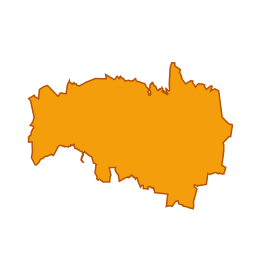 Yécora, Sonora, Mexico, rotated 189°
{"feature_id": "50627088B85218670408267", "entity_name": "Yécora", "entity_type": "district", "adm_level": 2, "iso_a3": "MEX", "parent_name": "Mexico", "parent_adm1": "Sonora", "projection": "equal_earth", "projection_center": [-108.893, 28.413], "detail": "fine", "context": "isolated", "style": "filled", "palette": "amber", "viewbox_px": 256, "rotation_deg": 189, "n_neighbors": 0, "source": "geoboundaries", "source_scale": "gbopen_adm2", "svg_char_len": 5703}
<svg xmlns="http://www.w3.org/2000/svg" viewBox="0 0 256 256"><g transform="rotate(189 128 128)"><path d="M214.0,77.1L212.9,77.1L210.6,80.2L209.8,82.6L209.0,83.9L207.1,84.7L205.9,86.7L203.0,87.6L199.6,90.2L199.1,89.4L198.4,89.5L197.3,89.2L193.8,99.3L191.9,100.4L189.2,99.8L188.6,100.2L188.2,99.7L187.8,99.6L187.2,99.6L185.8,100.2L185.1,100.1L184.0,99.8L183.0,101.0L182.3,101.2L182.0,101.0L181.8,101.0L181.7,101.6L181.9,102.0L181.9,102.5L180.8,102.2L180.6,102.2L180.4,102.3L179.8,102.8L179.4,103.3L178.8,103.4L178.6,103.3L178.4,103.0L178.6,101.8L178.2,101.6L177.9,101.2L177.8,100.5L177.5,100.2L177.2,99.5L176.3,99.5L175.6,99.7L175.0,99.7L174.9,99.6L174.6,98.9L174.4,98.8L174.0,99.0L173.4,98.9L173.2,98.7L172.9,98.3L172.5,98.1L172.0,98.0L171.6,97.8L170.8,97.7L170.2,97.7L169.9,97.7L169.6,96.9L169.2,96.6L168.4,94.4L168.4,94.0L169.3,92.6L169.1,91.9L169.5,89.3L169.1,88.6L167.3,87.2L166.9,87.3L167.8,88.2L168.9,88.7L169.2,89.2L168.8,90.3L168.7,91.9L168.9,92.4L168.7,92.7L168.4,92.9L168.2,93.1L168.0,93.6L167.9,94.1L167.9,94.5L168.0,94.7L168.1,95.2L168.6,95.8L168.7,96.1L168.8,96.4L168.7,96.6L168.2,96.6L168.0,96.8L167.5,96.7L167.3,96.9L167.1,97.3L167.1,97.8L166.0,96.9L162.0,94.7L159.4,93.9L156.6,88.0L155.1,87.9L153.4,86.8L154.0,85.9L153.7,84.2L153.6,78.3L151.1,75.6L150.8,72.7L149.7,72.4L149.3,71.9L148.4,73.0L145.7,71.7L144.1,70.8L137.6,71.9L138.1,76.7L137.5,78.6L140.3,86.0L134.1,87.0L134.2,84.7L132.1,81.7L130.3,80.2L128.2,74.0L122.9,78.4L121.4,79.1L121.0,79.3L120.7,79.2L120.5,79.3L120.2,79.0L119.9,78.9L119.8,79.0L119.8,79.3L119.5,79.9L119.2,79.6L119.0,79.8L118.9,79.9L118.4,79.9L118.0,80.8L117.7,82.0L116.9,82.1L116.7,81.3L115.6,81.4L115.4,81.3L115.3,81.0L115.3,80.6L115.3,80.4L114.8,80.3L114.6,80.0L114.4,80.0L113.7,80.3L112.6,78.6L112.1,79.9L111.7,79.9L111.3,80.3L111.1,80.2L110.5,78.7L110.3,78.0L110.1,77.7L109.7,76.8L106.4,71.5L105.7,73.5L104.1,73.6L103.3,70.4L100.6,70.9L98.6,70.8L99.1,72.9L99.0,73.1L98.5,72.9L98.1,73.0L97.7,73.3L97.5,73.6L97.3,73.7L96.4,73.5L96.2,73.3L95.8,72.6L95.5,72.7L95.2,72.7L94.8,72.9L94.3,72.5L93.8,72.7L93.5,72.3L93.3,72.7L91.4,68.3L78.4,69.0L77.9,56.4L76.7,57.1L74.1,57.8L72.2,57.4L69.5,62.9L67.3,64.1L66.1,61.1L64.5,60.7L61.5,60.5L61.4,59.5L57.2,59.3L55.7,58.9L51.1,58.4L50.9,61.0L51.8,65.9L50.3,78.4L53.3,80.4L53.7,81.9L52.4,82.5L50.6,81.3L50.2,81.3L50.0,81.9L41.8,84.6L42.0,95.6L39.8,95.0L35.3,97.5L33.9,97.8L31.6,96.8L30.3,98.0L28.9,97.2L26.2,97.6L26.3,97.8L25.6,101.1L25.3,104.2L29.6,106.1L29.5,109.6L29.7,116.9L29.9,120.8L30.8,126.3L31.8,128.2L26.9,135.4L25.3,135.5L25.3,146.6L25.9,147.9L28.5,147.5L33.0,150.6L36.8,153.6L43.3,175.7L44.3,178.8L48.4,180.3L51.1,178.4L52.2,177.4L51.4,182.4L53.1,182.4L56.6,178.4L59.0,180.8L58.9,182.6L62.4,183.1L63.6,182.7L65.2,182.9L66.9,180.8L67.7,178.9L71.6,183.4L71.2,184.4L72.8,184.8L75.0,183.3L78.0,180.5L79.0,181.6L82.0,184.3L84.5,189.5L86.0,191.3L85.2,193.6L91.4,196.7L92.0,199.6L95.0,199.3L95.8,194.2L94.2,178.5L92.9,171.8L92.9,171.4L93.1,171.3L93.9,171.0L94.3,171.1L95.7,172.3L96.2,173.0L96.4,173.1L96.7,173.1L96.4,171.5L95.9,170.8L95.8,169.9L95.6,169.5L95.6,169.1L95.4,169.0L95.2,168.9L95.1,169.0L94.7,168.8L94.4,168.4L94.2,168.2L94.0,167.8L94.1,167.5L94.3,167.3L94.5,167.2L94.7,167.3L94.9,167.2L95.4,168.0L96.4,167.7L96.6,167.9L97.2,169.4L97.7,169.7L97.9,170.1L98.2,170.3L98.3,170.3L98.4,169.9L98.4,169.2L98.5,168.9L99.1,169.0L99.6,168.8L99.9,169.2L99.9,169.6L99.8,170.0L99.5,170.4L99.5,171.3L99.8,172.1L100.1,172.4L100.6,172.7L100.8,173.2L101.0,172.6L101.3,172.3L101.6,172.1L102.3,171.3L102.5,171.2L102.9,171.5L103.0,171.4L103.0,171.0L103.5,170.8L103.4,170.6L103.7,170.0L104.3,169.7L104.9,169.9L105.4,170.4L105.6,170.9L106.1,171.6L106.3,172.1L107.0,173.2L107.3,173.4L108.3,173.6L108.4,174.0L108.5,174.2L108.7,174.3L109.5,174.7L109.8,175.0L110.1,175.6L110.3,176.4L110.5,176.7L110.8,176.9L111.1,176.8L111.4,176.7L111.5,176.5L111.8,175.2L112.1,175.0L112.4,175.0L112.8,174.8L112.9,174.6L112.9,173.2L112.6,172.0L112.7,171.3L113.1,170.7L113.2,169.8L112.6,169.4L112.1,168.7L111.9,168.1L111.7,167.9L111.4,167.4L111.3,167.2L111.1,166.3L111.2,165.5L111.0,165.3L111.0,165.0L111.0,164.8L110.9,164.4L111.4,163.7L111.6,163.6L112.5,163.7L112.8,164.0L113.0,164.4L113.0,164.5L112.7,165.1L112.8,165.6L114.1,166.8L114.2,167.0L113.5,167.8L113.4,168.0L114.0,170.1L114.2,170.3L114.6,170.3L116.3,171.3L116.7,171.7L117.0,172.6L117.4,173.4L117.8,173.8L119.2,174.7L121.0,174.6L123.6,175.4L126.7,175.5L127.1,175.8L127.8,177.0L128.3,178.0L128.5,178.0L130.3,175.7L130.4,175.3L130.7,175.4L131.6,175.4L132.5,174.8L133.9,175.0L134.3,175.2L135.4,175.0L137.3,174.3L137.9,173.9L138.1,173.9L139.1,175.0L139.6,175.2L140.0,175.5L140.1,175.9L140.5,176.3L141.1,176.4L141.8,176.5L142.3,176.3L142.8,177.0L143.1,177.6L143.6,178.0L143.9,177.5L144.1,176.5L144.5,175.5L144.9,175.7L146.2,177.0L146.6,177.4L146.8,177.4L147.2,177.1L148.2,174.5L149.0,173.8L149.5,173.8L151.2,174.5L152.2,174.8L158.5,177.3L157.1,173.3L157.3,173.1L167.9,171.8L176.5,166.7L182.7,161.9L183.3,162.0L185.1,162.1L185.5,162.3L185.9,163.3L186.2,163.5L186.5,163.6L187.3,163.2L188.5,164.4L189.9,162.4L190.7,163.5L192.6,163.5L193.3,165.6L194.6,161.0L194.5,152.1L200.3,152.1L202.0,148.3L214.2,157.4L217.7,155.6L221.5,152.2L221.0,142.8L224.7,144.2L225.7,145.7L230.7,141.5L228.5,139.7L222.4,123.9L222.8,119.8L224.0,116.8L225.0,115.2L223.1,115.1L221.9,114.8L221.5,114.2L221.2,113.6L221.6,112.6L222.1,111.9L222.1,111.4L222.3,111.0L222.4,110.1L222.8,109.5L222.9,107.9L222.6,106.9L222.8,105.9L223.4,105.1L223.7,105.2L223.9,105.1L223.9,104.8L224.1,104.7L224.4,104.1L224.4,103.8L224.8,103.3L224.8,103.2L224.6,102.4L224.5,102.2L224.4,101.9L224.5,101.8L224.2,101.2L224.2,98.6L223.0,98.6L221.6,99.1L220.6,99.3L218.6,89.1L218.7,83.6L214.0,77.1Z" fill="#f59e0b" stroke="#b45309" stroke-width="1.5"/></g></svg>